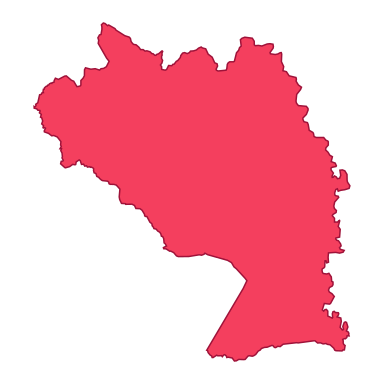 the district of Saraya, Kédougou, Senegal
{"feature_id": "50182788B8770711358016", "entity_name": "Saraya", "entity_type": "district", "adm_level": 2, "iso_a3": "SEN", "parent_name": "Senegal", "parent_adm1": "Kédougou", "projection": "robinson", "projection_center": [-11.845, 12.924], "detail": "fine", "context": "isolated", "style": "filled", "palette": "rose", "viewbox_px": 384, "rotation_deg": 0, "n_neighbors": 0, "source": "geoboundaries", "source_scale": "gbopen_adm2", "svg_char_len": 5865}
<svg xmlns="http://www.w3.org/2000/svg" viewBox="0 0 384 384"><path d="M103.3,23.0L101.4,24.8L101.9,26.8L101.9,29.5L101.0,34.5L99.5,34.9L97.9,37.8L98.7,40.3L98.2,43.4L106.6,58.1L109.1,61.3L106.4,66.7L103.6,68.4L101.0,68.7L99.6,70.1L95.2,68.7L90.9,69.2L85.5,67.8L84.5,69.7L84.4,75.8L83.0,78.3L80.9,80.5L80.9,84.9L80.5,85.8L78.6,86.4L76.9,86.6L73.7,81.2L71.5,80.3L66.3,75.9L64.7,76.1L58.4,79.4L55.4,78.2L54.2,80.5L54.0,82.2L52.1,82.7L51.8,83.4L50.9,83.1L49.5,83.8L48.7,85.0L47.6,85.2L47.1,86.2L46.2,86.3L44.5,87.8L44.2,89.2L43.4,89.3L43.0,91.7L43.4,92.6L42.0,92.8L41.3,94.3L39.6,94.8L37.8,102.8L35.7,104.3L36.0,105.3L35.7,106.1L34.7,106.9L34.1,106.5L34.2,108.2L36.7,108.8L37.8,110.2L39.9,110.5L40.0,111.4L39.4,112.8L41.3,114.4L40.5,117.2L41.7,117.8L42.7,121.0L41.7,123.9L43.5,125.6L43.0,127.6L43.3,128.0L44.5,127.6L45.5,128.2L44.2,131.0L44.4,131.9L48.6,133.4L51.7,135.8L53.8,135.5L57.3,137.0L60.9,141.6L60.6,145.0L61.3,146.4L60.0,148.7L61.5,148.7L60.8,150.7L62.0,153.0L62.4,156.7L62.0,157.9L63.3,160.3L62.8,161.1L61.2,161.3L60.6,163.8L64.8,167.6L65.5,167.8L69.7,166.6L72.7,164.4L75.0,164.8L75.7,164.5L76.2,161.9L79.2,159.9L80.2,160.6L81.5,164.4L83.6,164.2L84.7,166.1L86.6,165.8L87.4,167.1L89.9,166.7L90.3,167.3L91.4,167.1L93.2,168.1L93.7,168.8L93.5,170.3L94.1,172.8L95.9,173.5L96.8,176.4L99.1,177.5L99.3,178.2L101.5,180.1L102.5,180.6L107.7,181.2L108.8,182.3L109.0,183.7L110.1,184.3L114.0,184.4L116.3,185.1L119.9,189.1L119.2,196.9L119.7,199.6L121.5,203.4L125.5,203.7L125.7,204.3L132.0,204.2L134.5,205.5L135.9,208.5L140.0,208.7L142.1,210.3L144.5,214.3L144.7,215.8L145.3,216.4L146.9,216.5L149.9,222.2L151.7,223.6L152.3,225.2L152.1,225.7L153.5,227.4L153.9,228.6L156.1,229.1L157.8,231.1L159.7,232.2L160.8,233.8L161.4,236.2L162.6,236.5L163.7,238.6L164.1,242.9L165.1,243.6L166.5,246.0L163.4,247.6L163.7,248.7L166.1,248.9L169.7,251.2L170.7,251.1L173.7,252.6L176.5,255.9L178.3,256.6L188.8,256.5L199.2,254.8L201.6,255.2L204.0,254.3L204.9,253.2L207.7,254.7L227.5,260.3L231.5,262.6L234.0,266.9L236.4,268.8L245.1,278.3L246.9,280.7L243.2,288.5L206.7,350.3L207.6,350.6L208.1,352.6L210.2,355.1L211.7,356.0L212.1,357.5L213.0,357.6L216.7,355.2L217.7,355.8L221.6,355.7L222.3,356.7L223.7,355.0L224.8,354.7L226.4,356.1L226.8,357.5L228.2,357.2L232.2,358.0L234.4,361.0L236.4,360.8L238.8,359.4L243.9,359.6L245.2,359.4L247.9,356.2L249.0,355.7L252.3,356.2L253.6,355.8L255.7,354.5L258.2,351.1L260.3,350.0L261.4,348.5L264.4,347.4L267.2,347.2L271.9,345.4L272.9,345.6L274.4,347.4L275.7,347.6L277.8,346.3L280.2,346.6L283.2,344.2L296.5,342.7L298.2,342.9L313.9,340.8L315.0,340.8L317.6,343.0L320.4,342.8L323.1,343.9L326.1,343.5L327.2,344.3L330.1,344.8L333.8,348.2L334.7,350.1L335.9,350.7L341.6,350.9L342.5,350.7L343.0,349.9L344.4,349.9L345.1,345.5L343.8,344.5L343.2,343.1L343.2,340.8L342.7,339.4L344.6,338.6L345.4,338.8L346.8,337.5L347.1,335.8L349.1,335.9L348.7,334.6L348.9,333.4L348.3,332.0L346.4,331.0L347.9,327.0L346.5,322.4L345.3,321.9L344.2,322.5L342.8,326.5L343.5,329.2L342.8,330.0L342.2,329.9L340.1,327.3L341.3,321.4L340.8,318.0L337.1,316.9L338.5,314.8L338.7,313.4L338.3,312.7L335.4,312.5L334.2,311.3L333.0,311.7L332.3,313.8L332.7,317.5L332.2,318.1L327.8,316.0L327.8,311.1L326.4,309.4L325.0,309.6L323.7,311.1L322.3,309.9L324.3,303.5L329.5,304.1L330.5,303.5L334.3,296.5L332.0,293.7L329.3,292.0L328.5,290.1L329.5,287.5L332.2,286.1L333.0,284.7L333.0,282.0L331.7,281.4L331.3,276.9L328.9,273.3L326.7,274.0L323.3,273.5L322.4,272.4L322.0,270.1L322.3,268.8L323.9,267.9L324.7,266.9L325.0,260.8L325.9,260.7L326.8,262.9L328.5,262.2L328.1,257.3L328.5,252.9L335.7,252.4L339.6,253.1L343.1,252.2L344.2,250.4L340.3,249.3L339.5,247.7L341.1,245.9L340.6,243.9L338.5,240.8L336.7,240.2L335.7,239.0L335.9,238.0L339.6,237.1L340.2,229.3L338.2,226.5L339.7,220.9L339.5,220.4L338.8,220.7L337.6,222.1L334.5,222.0L334.5,218.3L332.3,215.7L332.9,214.5L336.1,212.5L336.4,210.5L334.4,208.5L333.8,206.1L334.7,202.0L338.7,197.4L338.2,196.2L335.9,195.8L334.8,194.9L334.7,192.9L335.8,189.5L337.4,188.8L338.2,191.2L340.8,190.3L344.8,189.7L349.1,188.4L349.9,185.8L347.5,182.1L347.1,180.2L347.0,174.4L344.8,170.8L342.4,169.9L339.9,170.2L340.7,175.4L339.6,178.3L337.4,178.7L336.4,177.0L334.4,175.9L333.2,177.3L332.2,177.4L332.1,176.0L333.4,173.1L331.1,170.0L331.0,168.1L332.1,167.3L336.0,166.5L336.4,165.8L335.2,163.1L331.2,161.6L332.4,156.7L329.8,155.2L328.0,152.2L325.6,149.9L325.9,147.8L328.3,145.1L328.3,141.8L327.9,141.1L325.8,140.1L323.7,137.5L316.3,137.5L314.1,136.6L313.4,133.2L312.7,132.3L309.2,130.3L308.2,124.5L307.4,122.6L303.9,121.7L302.8,119.0L303.0,117.9L306.4,114.4L308.1,110.0L308.0,108.4L306.3,106.3L298.4,105.6L296.5,103.2L296.0,101.2L296.7,94.4L300.5,89.6L301.5,87.2L298.4,85.0L296.5,81.9L296.1,81.1L296.4,79.1L296.0,77.5L289.1,75.8L286.4,71.7L282.9,70.7L283.7,66.6L281.4,61.6L281.7,54.1L281.3,52.6L280.2,52.7L277.8,54.0L275.2,54.5L270.4,53.8L270.0,52.6L273.1,48.2L273.4,46.6L273.0,44.2L270.0,43.7L267.1,44.0L261.9,46.0L258.4,45.4L255.2,45.7L254.3,44.8L254.2,41.2L252.3,38.2L244.8,37.2L241.9,38.3L240.4,39.7L241.2,46.0L239.5,47.7L238.7,50.2L236.5,52.8L234.4,61.2L233.6,61.8L229.7,61.8L228.3,62.7L227.3,64.3L226.8,68.7L226.1,70.2L218.1,71.0L216.4,70.2L216.1,69.2L217.6,66.0L217.1,63.8L214.7,62.8L212.2,57.2L208.2,54.2L205.7,48.8L202.3,47.9L201.2,47.0L198.6,48.1L196.4,50.0L193.5,50.9L190.5,51.1L189.4,52.6L187.2,53.6L184.6,52.6L182.6,53.1L180.8,55.5L180.3,57.5L177.7,60.6L176.3,61.3L174.1,64.2L172.9,64.3L171.8,65.7L168.6,65.5L166.6,69.5L165.2,70.2L161.7,69.4L161.6,66.6L160.4,65.0L161.9,63.1L162.6,60.4L161.6,58.5L161.6,56.1L162.1,55.3L162.0,52.9L162.7,51.6L162.4,51.0L161.8,51.0L158.6,53.8L156.7,54.4L155.9,55.3L154.8,55.3L153.0,53.7L151.8,53.6L150.1,51.8L146.9,50.8L145.1,51.1L143.1,49.6L140.6,49.6L138.9,47.2L136.1,44.8L133.5,44.4L132.1,42.9L131.1,41.5L130.4,38.4L129.2,37.1L124.8,35.7L116.1,30.2L115.0,28.6L108.7,25.0L107.7,25.7L105.0,23.5L103.3,23.0Z" fill="#f43f5e" stroke="#9f1239" stroke-width="1.5"/></svg>